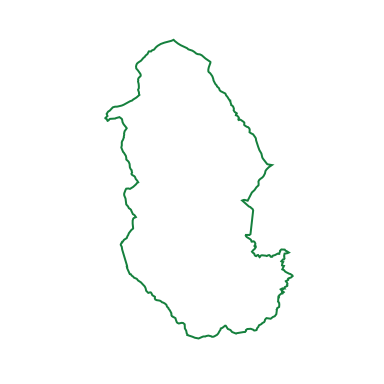 the district of Alexandru Cel Bun, Neamt, Romania, rotated 163°
{"feature_id": "2599482B4388035429906", "entity_name": "Alexandru Cel Bun", "entity_type": "district", "adm_level": 2, "iso_a3": "ROU", "parent_name": "Romania", "parent_adm1": "Neamt", "projection": "natural_earth1", "projection_center": [26.258, 46.915], "detail": "fine", "context": "isolated", "style": "outline", "palette": "green", "viewbox_px": 384, "rotation_deg": 163, "n_neighbors": 0, "source": "geoboundaries", "source_scale": "gbopen_adm2", "svg_char_len": 6010}
<svg xmlns="http://www.w3.org/2000/svg" viewBox="0 0 384 384"><g transform="rotate(163 192 192)"><path d="M240.8,296.1L243.0,296.1L247.0,293.8L248.4,293.5L249.1,293.1L250.8,291.6L250.6,289.4L253.3,288.0L253.2,287.6L252.3,286.7L252.1,286.3L252.1,285.1L251.9,284.7L250.9,284.9L249.7,285.7L249.0,285.9L243.9,284.7L243.1,284.9L239.5,284.8L237.8,282.5L237.7,281.4L238.0,279.1L237.6,276.8L235.8,272.3L235.8,272.0L238.7,269.8L239.9,267.7L240.1,266.5L241.0,265.0L241.2,264.0L241.7,263.6L242.6,262.2L243.6,261.4L244.6,260.1L245.5,257.1L246.6,255.2L246.2,250.5L245.7,249.6L244.7,245.9L244.9,243.6L245.2,242.9L245.3,242.2L244.0,240.0L243.7,239.1L243.5,237.0L244.2,233.8L244.1,232.7L243.8,231.3L243.3,230.4L243.6,229.7L243.6,228.1L244.6,227.1L244.6,226.7L244.3,225.9L242.5,223.9L242.1,222.9L242.0,220.9L241.1,218.9L240.6,217.0L241.9,216.7L243.3,215.7L246.7,214.1L250.4,213.1L251.9,214.0L253.9,214.4L254.8,213.6L257.0,210.8L257.5,209.9L257.8,208.5L257.5,205.1L258.5,199.3L257.4,196.9L257.1,195.0L256.0,193.7L255.5,192.6L255.5,191.7L255.0,188.1L254.2,187.3L253.7,186.6L253.0,184.4L255.3,184.1L256.0,183.7L256.6,182.8L257.1,182.0L258.0,179.1L258.9,174.5L259.3,174.1L261.1,173.4L264.5,171.0L265.5,169.6L266.7,168.6L267.9,167.0L270.9,166.2L273.5,164.2L273.7,164.5L274.0,164.2L275.4,162.8L275.6,162.3L275.2,160.1L275.6,157.3L275.7,140.5L275.9,139.3L276.2,139.4L276.3,138.1L275.5,131.7L274.6,131.3L274.0,129.5L273.0,128.3L272.5,127.0L270.4,125.3L270.0,124.7L269.5,123.2L267.3,120.6L264.8,115.5L264.5,113.5L264.7,111.0L263.9,109.4L263.3,108.3L261.3,108.3L260.6,107.8L260.3,106.6L260.1,104.9L258.1,102.6L258.7,100.9L258.5,99.9L257.4,98.9L255.1,97.8L254.3,97.3L253.3,96.1L253.0,95.4L251.8,94.6L250.7,93.5L249.5,91.7L249.4,89.6L248.5,88.1L248.6,87.4L247.8,85.4L247.2,82.3L247.4,81.7L247.3,81.4L247.7,80.3L247.6,79.5L247.5,79.1L246.9,78.7L246.6,78.0L245.6,77.2L244.7,76.1L244.8,74.6L244.6,71.8L244.0,70.9L243.0,70.1L240.1,69.9L238.8,69.3L237.7,67.6L238.7,63.6L238.1,61.1L238.4,58.0L237.9,56.8L238.2,56.5L233.8,53.4L231.9,51.8L228.5,50.0L224.2,50.5L223.4,50.5L221.4,49.9L220.6,50.1L218.3,49.9L215.8,48.4L215.5,47.9L214.3,47.4L213.0,47.4L209.8,48.1L208.3,49.0L206.6,50.7L205.0,52.0L204.4,53.1L202.7,53.2L199.4,54.5L198.8,54.2L197.8,50.6L195.6,48.8L194.6,46.4L191.2,43.7L190.5,43.9L183.7,43.0L182.2,42.6L181.0,43.4L180.8,44.2L179.2,44.8L175.8,44.0L173.7,42.4L173.2,41.5L172.5,41.2L170.7,41.1L169.3,42.9L168.0,43.6L167.0,44.9L164.2,45.4L163.3,46.0L161.0,46.5L160.1,47.4L159.6,48.4L158.4,49.3L157.6,49.6L153.8,47.8L151.3,48.8L149.2,49.0L147.1,50.5L145.4,54.2L145.5,54.7L144.9,55.2L144.5,56.0L142.3,56.6L141.5,58.6L141.1,60.4L141.5,61.1L141.4,61.8L141.7,62.2L141.4,62.7L140.7,64.8L139.8,65.6L140.2,66.3L139.6,67.1L139.1,67.1L138.8,67.7L136.9,68.5L135.7,68.9L135.1,68.5L134.7,68.9L133.5,69.4L133.6,69.6L133.8,69.7L134.9,69.3L135.2,69.7L135.2,69.9L134.8,70.0L134.6,70.9L134.9,71.1L135.0,72.4L135.6,72.7L135.7,73.0L134.7,73.2L134.9,72.4L134.6,72.3L134.3,72.8L134.0,72.9L134.1,72.3L133.7,72.2L132.6,72.8L131.7,72.6L131.9,73.1L131.1,73.9L128.4,74.3L128.2,74.5L128.3,75.5L127.7,76.0L127.5,76.4L127.8,78.2L128.4,79.0L128.4,79.3L125.7,79.8L125.5,80.1L125.6,80.8L125.0,81.2L122.3,81.3L120.3,82.2L120.4,82.9L121.9,84.8L122.9,85.4L125.4,87.8L126.4,89.0L126.7,90.2L128.3,91.6L125.7,94.4L126.5,94.8L127.4,95.5L126.7,97.0L125.3,98.4L126.6,99.2L126.9,99.6L124.7,100.9L124.0,100.6L123.0,101.3L122.8,103.2L122.5,103.6L122.5,104.2L121.5,106.0L118.7,105.6L117.1,105.8L118.8,107.8L119.6,108.4L120.2,109.8L123.3,110.9L123.9,110.7L125.0,110.0L125.0,109.5L126.3,108.1L126.6,107.3L126.9,107.3L127.8,108.0L128.2,108.0L131.1,107.4L133.2,107.5L133.8,107.3L134.1,106.7L134.5,106.6L135.7,107.1L136.1,108.5L136.6,109.1L137.8,109.2L139.2,108.9L140.0,109.5L143.5,111.0L144.2,111.1L145.2,110.9L146.1,110.0L146.4,109.9L147.2,112.4L148.0,112.5L149.4,111.9L150.1,112.4L150.6,113.8L150.5,114.9L151.6,116.2L152.1,117.4L150.3,118.6L148.6,119.3L147.1,120.6L146.9,121.5L147.2,121.7L148.0,121.7L148.1,122.1L146.9,123.3L146.5,124.1L146.5,124.5L146.9,126.2L147.5,126.8L148.7,127.1L148.8,126.9L149.5,127.1L149.6,128.9L150.0,129.7L152.8,132.9L153.2,133.8L153.4,134.6L153.0,135.2L149.6,134.1L148.4,134.6L138.9,156.5L139.0,157.8L139.2,158.3L139.8,159.0L140.6,160.5L141.8,161.5L146.5,169.2L144.9,169.3L144.1,169.1L141.3,167.4L134.9,174.0L131.6,175.6L129.0,177.7L126.5,178.9L125.9,180.3L125.4,182.6L124.3,183.8L122.9,184.5L120.5,185.3L119.0,186.2L116.8,188.4L115.6,190.6L114.1,191.8L111.2,193.3L107.7,194.4L111.1,196.1L112.0,196.8L114.3,202.9L114.7,204.3L114.4,208.5L115.3,212.3L115.5,216.0L115.6,222.7L115.3,224.4L115.4,225.4L116.7,229.3L118.4,230.9L119.5,232.3L118.6,234.7L118.6,236.0L119.4,237.6L120.6,238.4L122.4,240.6L122.4,241.2L121.7,242.8L122.0,243.8L124.2,246.6L124.9,247.2L126.2,247.1L126.4,247.4L126.4,248.1L125.8,248.4L125.5,249.1L125.7,250.2L126.5,251.8L127.6,252.6L127.0,253.6L126.2,254.0L126.2,254.3L127.7,255.9L128.3,257.9L127.6,259.3L127.6,260.2L127.7,261.6L128.1,262.6L129.1,263.7L128.9,264.5L129.0,266.0L128.8,266.9L129.1,267.9L128.7,268.4L129.4,269.1L130.4,272.9L131.1,274.3L131.3,276.3L131.6,276.7L135.0,279.9L135.6,280.9L135.8,281.6L135.8,283.2L136.2,284.0L137.2,285.6L137.2,286.6L138.1,288.5L138.8,292.3L138.6,294.0L138.7,296.7L139.7,299.8L140.2,300.8L140.9,301.7L141.1,302.5L140.6,304.3L139.5,306.3L136.6,310.2L136.4,311.1L140.1,315.7L142.7,319.9L144.2,321.3L146.1,322.1L147.4,323.1L148.9,325.4L150.4,327.1L153.8,329.5L154.7,331.0L159.9,335.7L162.1,338.2L164.4,341.5L165.1,342.9L167.5,342.6L174.7,342.9L178.6,342.7L182.2,341.8L184.4,340.8L186.6,339.3L188.9,339.1L190.1,338.4L192.2,339.1L194.3,336.9L196.4,336.1L197.9,334.9L199.0,334.6L202.3,332.5L205.4,331.6L207.0,330.9L207.8,330.1L208.8,328.5L209.2,326.4L208.2,324.2L206.9,320.3L206.8,319.5L206.9,318.6L207.4,317.8L209.5,316.8L210.6,315.6L210.8,314.3L211.3,313.5L211.4,311.0L211.9,308.7L212.5,306.8L213.7,305.5L213.6,303.1L213.7,302.3L214.0,301.4L213.9,300.2L217.5,298.6L221.3,297.6L222.5,297.0L224.7,296.9L231.9,295.4L234.0,295.2L238.5,295.5L240.8,296.1Z" fill="none" stroke="#15803d" stroke-width="2"/></g></svg>